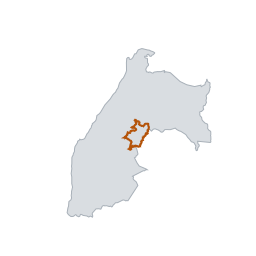 Coronel Portillo, Ucayali, Peru shown in context, rotated 62°
{"feature_id": "86281439B8316055413936", "entity_name": "Coronel Portillo", "entity_type": "district", "adm_level": 2, "iso_a3": "PER", "parent_name": "Peru", "parent_adm1": "Ucayali", "projection": "albers", "projection_center": [-74.152, -8.678], "detail": "fine", "context": "in_parent", "style": "outline", "palette": "amber", "viewbox_px": 256, "rotation_deg": 62, "n_neighbors": 0, "source": "geoboundaries", "source_scale": "gbopen_adm2", "svg_char_len": 8087}
<svg xmlns="http://www.w3.org/2000/svg" viewBox="0 0 256 256"><g transform="rotate(62 128 128)"><path d="M180.3,77.5L180.2,78.1L179.4,78.4L178.6,78.0L177.5,78.1L175.8,76.5L171.7,76.7L169.9,78.5L167.2,78.9L164.3,79.7L161.0,80.0L155.8,82.9L154.6,84.1L152.2,85.7L150.3,86.3L149.3,91.5L147.5,94.6L146.7,96.3L147.7,98.8L147.7,100.0L146.7,101.0L145.8,101.2L144.0,102.2L141.4,104.5L140.9,106.3L141.8,108.7L141.5,108.9L139.3,109.4L139.3,110.7L138.9,111.2L140.7,113.1L141.7,113.5L141.8,114.0L141.6,114.5L141.2,114.7L141.2,115.1L142.5,116.5L143.5,119.3L145.4,120.7L145.4,121.6L146.0,122.5L147.0,123.1L149.3,125.9L149.3,127.2L146.9,130.2L150.9,130.2L155.3,131.3L155.9,131.7L156.4,133.1L156.5,134.0L157.3,134.7L157.3,136.3L163.0,136.4L166.8,136.0L172.9,131.1L173.9,130.6L173.3,131.7L173.3,132.5L173.6,133.4L172.9,134.6L172.7,146.7L173.8,146.1L175.2,147.3L176.2,147.3L179.6,146.0L183.4,146.3L192.2,162.2L191.4,163.3L191.4,164.1L190.3,164.8L189.2,166.1L189.0,172.4L188.1,174.2L188.6,175.3L189.1,177.3L189.9,178.5L190.1,179.2L190.0,179.5L188.7,180.2L188.6,181.3L186.4,183.6L185.9,185.1L185.1,185.6L184.9,187.3L186.9,190.1L185.6,191.7L184.4,194.2L186.3,199.3L187.2,200.1L188.0,200.1L189.3,200.5L190.0,201.3L188.4,202.3L188.1,202.7L188.2,204.4L186.4,205.6L184.0,208.8L183.4,209.0L182.2,210.0L182.0,210.4L182.2,210.9L183.2,211.9L183.3,213.1L181.5,214.5L180.3,214.6L179.9,215.0L180.3,217.0L180.3,217.9L179.9,219.0L179.1,220.1L176.5,221.3L174.2,221.5L170.3,218.5L169.1,217.2L165.2,214.7L164.6,212.0L163.3,210.7L160.9,209.8L159.0,208.4L157.6,207.7L154.1,204.7L150.8,203.8L144.8,200.6L141.6,199.6L137.4,196.6L135.2,195.8L133.4,194.5L127.9,191.5L127.0,190.6L126.2,189.2L125.0,188.3L123.6,186.3L121.6,185.2L119.6,183.6L117.2,179.5L116.0,178.6L115.9,176.7L115.2,175.8L116.3,175.2L117.1,172.3L116.7,170.8L113.8,166.8L113.3,165.2L111.2,162.2L110.5,160.4L108.9,159.1L108.2,157.9L107.3,157.4L107.2,156.0L106.5,153.4L105.6,152.1L102.4,149.6L102.0,146.9L101.3,145.0L96.7,137.4L94.0,130.0L91.7,126.0L90.8,123.6L90.7,122.4L89.0,120.2L88.1,118.2L84.3,114.4L82.1,110.2L81.8,108.9L80.3,106.6L77.9,103.6L76.7,102.4L69.5,98.7L66.1,96.5L65.7,95.3L65.8,94.6L66.6,94.0L67.6,94.5L68.2,94.2L68.7,93.4L68.7,92.1L68.0,90.5L65.7,87.4L66.2,86.0L63.8,82.3L64.3,78.8L64.8,77.9L68.2,74.2L69.2,72.7L70.7,71.7L72.2,70.2L74.0,69.1L74.5,69.4L75.1,71.4L75.0,72.6L75.6,74.1L74.3,75.4L72.9,75.1L72.4,75.5L72.2,76.1L72.4,77.0L72.8,77.4L73.8,77.5L72.5,79.4L72.6,79.7L73.6,80.1L74.5,79.6L75.4,78.5L76.0,78.3L79.6,80.1L81.2,79.9L82.4,80.7L82.6,82.0L84.4,84.7L87.0,85.3L87.4,85.0L88.0,84.0L88.6,83.9L88.7,82.4L90.9,80.8L91.3,79.8L90.9,79.0L91.0,78.4L92.3,74.9L92.7,74.6L93.1,73.5L93.6,72.8L94.3,68.9L94.9,68.9L95.5,69.8L96.2,69.6L95.9,68.7L96.0,68.4L98.4,65.3L99.2,64.6L111.4,60.2L117.4,55.8L122.7,49.7L124.4,43.5L125.0,43.9L126.0,43.8L125.7,41.3L125.9,40.1L125.9,39.8L124.2,38.3L123.5,36.6L122.0,35.7L122.1,35.4L123.7,35.7L125.1,35.6L126.3,34.5L127.1,34.6L129.2,36.0L130.6,36.1L131.1,37.1L132.6,37.9L134.6,40.0L135.5,42.3L135.5,42.7L136.4,44.0L138.4,44.5L140.3,46.2L142.4,46.8L143.3,48.3L143.9,48.8L144.2,49.7L143.8,50.7L144.1,51.3L145.6,52.2L146.9,52.3L147.2,52.7L147.9,55.3L147.5,56.6L147.6,57.3L149.3,57.9L149.8,58.4L151.2,58.6L153.1,58.0L155.4,58.8L157.3,58.5L158.1,58.3L159.0,57.8L159.7,57.8L161.6,56.2L162.1,56.0L164.1,56.8L165.7,57.9L167.8,57.7L168.7,57.0L170.2,56.7L172.9,58.1L173.4,58.7L174.2,58.8L177.1,60.2L177.6,60.8L179.1,61.3L179.4,61.8L179.3,62.3L172.4,72.7L174.5,73.6L176.5,73.1L177.5,73.8L178.2,75.5L179.7,76.7L180.3,77.5Z" fill="#d9dde1" stroke="#a8b0b8" stroke-width="1"/><path d="M147.0,130.3L147.0,130.2L147.1,129.7L147.3,129.7L147.5,129.6L147.7,129.4L147.8,129.2L147.9,129.3L148.0,129.2L147.9,128.9L148.1,128.8L148.3,128.4L148.6,128.4L148.8,128.3L149.0,128.0L148.9,128.0L148.9,127.9L149.0,127.7L149.4,127.5L149.4,127.4L149.6,127.2L149.5,126.7L149.6,126.3L149.4,126.1L149.6,125.9L149.3,125.8L149.0,125.2L148.9,125.2L148.7,125.1L148.4,125.0L148.4,124.9L148.3,124.6L148.2,124.6L148.2,124.4L147.9,124.2L147.9,123.8L147.7,123.6L147.6,123.4L147.3,122.9L147.2,122.8L146.8,122.8L146.6,122.8L146.4,122.8L146.4,122.7L146.1,122.6L146.0,122.4L146.0,122.2L145.9,122.2L145.7,122.0L145.5,121.9L145.6,121.2L145.7,120.6L145.3,120.6L145.2,120.5L144.9,120.2L144.6,120.1L144.1,119.7L143.8,119.6L143.8,119.4L143.5,119.3L143.7,119.0L143.6,118.8L143.7,118.5L143.3,118.3L143.1,118.2L143.3,118.0L143.2,117.9L143.0,117.4L143.1,117.1L143.1,116.9L142.7,116.3L142.8,116.1L142.7,116.0L142.6,115.8L142.3,115.9L142.1,115.7L141.9,115.3L141.7,115.3L141.5,115.2L141.4,115.0L141.2,114.8L141.3,114.7L141.3,114.4L141.5,114.4L141.6,114.5L141.7,114.4L141.9,114.5L142.0,114.4L142.1,113.9L142.2,113.7L142.1,113.4L141.8,113.3L141.8,113.1L141.7,113.1L141.2,113.0L140.9,112.8L140.7,112.7L140.5,112.3L140.4,112.4L140.2,112.2L139.9,112.1L140.0,112.0L140.0,111.8L140.0,111.7L139.8,111.6L139.7,111.5L139.5,111.4L139.3,111.3L139.1,111.3L139.1,111.0L138.9,110.8L138.7,110.5L138.5,110.4L138.5,110.1L138.2,110.0L137.7,109.7L137.5,109.4L137.1,109.2L136.5,109.2L136.3,109.0L136.0,109.1L135.4,109.0L135.2,108.9L134.7,108.7L134.4,108.6L134.2,108.6L134.1,108.3L133.8,108.2L133.7,108.3L133.5,108.5L133.5,108.8L133.3,109.0L133.2,109.1L133.0,109.7L132.9,109.8L132.7,110.0L132.5,110.4L132.4,110.6L132.4,111.3L132.7,111.7L132.9,111.9L133.1,112.0L133.1,112.4L133.1,112.5L133.2,113.2L133.4,113.2L133.6,113.3L133.7,113.5L133.4,113.6L133.1,113.9L132.8,114.4L132.7,114.9L132.5,115.1L132.1,115.2L131.7,115.5L131.0,116.2L130.6,116.3L130.4,116.3L130.1,116.5L129.9,116.6L129.2,115.9L128.9,115.4L128.7,115.4L128.4,115.2L128.0,115.4L127.8,115.5L127.3,115.5L127.2,115.8L126.9,115.9L126.9,116.1L126.8,116.3L126.8,116.6L126.7,116.7L126.7,116.8L126.6,117.0L126.4,117.2L126.4,117.3L126.1,117.3L126.1,117.2L125.8,117.0L125.5,117.2L125.3,117.1L125.0,117.2L124.7,117.5L124.4,117.5L124.3,117.8L124.2,117.9L124.3,118.0L124.5,118.2L124.5,118.3L124.8,118.2L125.0,118.3L125.4,118.3L126.0,118.5L126.3,118.2L126.6,118.2L126.7,118.4L126.9,118.4L127.0,118.5L127.3,118.6L127.5,118.5L127.9,118.6L128.1,118.6L128.4,119.0L128.5,119.5L128.6,119.8L128.5,120.0L128.5,120.3L128.7,120.5L128.8,120.9L128.9,121.0L129.0,121.1L129.1,121.3L129.2,121.6L129.3,121.6L129.4,121.8L129.3,122.0L129.1,122.6L129.2,123.0L129.4,123.0L129.3,123.3L129.4,123.5L129.1,124.0L129.2,124.6L129.4,124.5L129.8,124.0L130.1,123.8L130.3,123.6L130.3,122.8L130.4,122.7L130.8,122.2L131.9,121.7L132.2,121.5L132.5,121.4L133.0,121.4L133.4,121.7L133.5,122.2L133.6,123.5L133.1,123.9L133.0,124.1L132.7,124.2L132.6,124.3L132.6,124.9L132.4,125.2L132.3,125.8L132.3,126.0L132.2,126.0L132.3,126.5L132.2,126.7L132.0,127.0L132.4,127.2L132.5,127.3L132.4,127.6L132.6,128.2L132.7,128.4L132.9,128.7L132.9,129.0L133.0,129.0L132.6,129.6L132.5,129.8L132.3,129.8L132.1,130.0L131.7,130.3L131.9,130.5L132.2,130.7L132.6,130.7L132.8,130.8L133.0,130.9L133.0,131.1L132.9,131.2L133.1,131.6L133.1,131.9L133.5,132.0L133.9,132.1L133.9,132.3L133.9,132.5L134.0,132.7L133.9,132.7L134.0,133.0L134.1,133.5L134.3,133.6L134.4,134.0L134.3,134.8L134.5,134.9L134.7,135.2L134.8,135.4L134.7,135.5L134.7,135.8L134.9,135.5L135.1,135.4L135.3,135.2L135.1,134.9L135.2,134.7L135.5,134.9L135.5,134.6L135.7,134.2L135.9,134.3L136.0,134.1L136.3,133.9L136.7,133.9L137.0,133.8L137.2,133.5L137.4,133.2L137.6,133.2L137.9,133.3L138.2,133.2L138.4,132.7L139.0,132.5L139.3,132.3L139.9,132.2L140.2,132.1L140.7,131.4L141.3,131.4L141.5,131.5L142.0,131.4L142.3,131.6L142.3,131.9L142.5,132.1L142.8,132.6L143.3,132.7L143.6,133.3L143.8,133.3L144.3,133.7L144.4,134.1L145.0,134.4L145.2,134.5L145.3,134.8L145.9,135.2L146.1,135.6L146.3,135.8L146.8,136.0L146.8,136.3L147.0,136.4L147.0,136.7L147.0,137.1L147.4,136.8L147.5,136.6L148.0,136.4L148.0,136.1L148.3,136.0L148.3,135.9L148.0,135.7L147.9,135.4L148.0,135.1L147.3,134.9L147.0,134.9L146.9,134.7L146.7,134.7L146.8,134.5L146.7,134.3L146.7,134.1L146.6,133.7L146.4,133.3L146.3,133.2L146.2,133.0L146.3,133.0L146.2,132.8L146.5,132.8L146.6,132.7L146.8,132.8L146.8,132.7L146.7,132.5L146.8,132.3L146.8,131.9L147.0,131.8L146.9,131.7L147.0,131.6L147.1,131.4L147.0,131.2L146.9,130.9L147.1,130.7L146.9,130.6L147.1,130.4L147.0,130.3Z" fill="none" stroke="#b45309" stroke-width="2"/></g></svg>